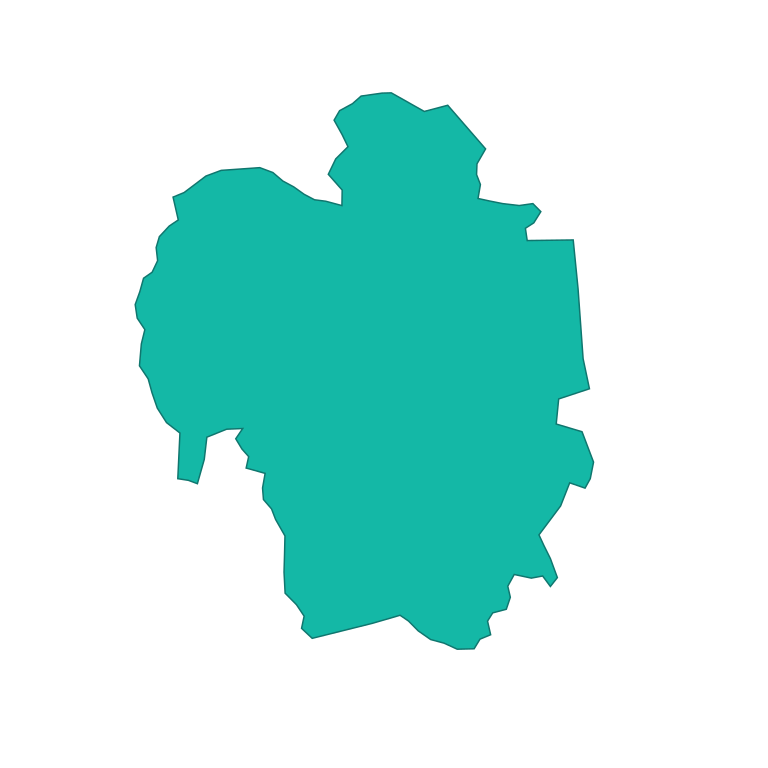 the district of São João do Oeste, Santa Catarina, Brazil, rotated 161°
{"feature_id": "56859067B45941896173238", "entity_name": "São João do Oeste", "entity_type": "district", "adm_level": 2, "iso_a3": "BRA", "parent_name": "Brazil", "parent_adm1": "Santa Catarina", "projection": "orthographic", "projection_center": [-53.586, -27.087], "detail": "fine", "context": "isolated", "style": "filled", "palette": "teal", "viewbox_px": 768, "rotation_deg": 161, "n_neighbors": 0, "source": "geoboundaries", "source_scale": "gbopen_adm2", "svg_char_len": 1575}
<svg xmlns="http://www.w3.org/2000/svg" viewBox="0 0 768 768"><g transform="rotate(161 384 384)"><path d="M401.1,109.4L385.0,104.3L376.3,111.5L364.8,112.2L363.3,126.1L355.7,132.2L341.7,131.2L334.0,141.2L332.8,152.5L322.9,161.5L307.9,152.5L296.5,150.8L292.6,138.4L283.1,144.5L283.5,164.7L285.4,179.3L286.6,190.9L256.7,211.2L240.6,230.1L227.8,220.1L219.8,227.3L211.3,241.9L212.3,274.4L234.2,290.1L223.7,313.0L191.3,312.6L187.5,343.1L169.5,410.9L158.2,458.6L201.9,473.0L199.6,485.2L189.9,487.6L179.6,495.9L184.5,506.1L198.0,508.7L213.0,515.9L225.0,522.9L234.7,528.8L227.9,541.2L228.3,551.9L224.4,561.9L211.4,573.2L233.0,626.8L257.2,628.6L282.3,656.9L291.2,659.7L311.9,663.7L322.6,659.3L337.0,656.9L345.3,649.7L342.4,633.4L340.8,620.1L356.3,612.6L368.4,600.4L360.4,581.0L365.7,566.4L379.6,575.8L389.7,580.8L397.7,589.3L405.2,599.8L413.6,608.9L420.2,620.1L431.0,629.0L468.4,639.0L484.7,638.6L498.7,634.0L510.7,630.1L522.6,629.4L525.1,606.1L535.6,603.3L548.4,596.5L555.0,587.2L557.9,574.3L566.8,565.2L576.9,562.3L584.8,550.8L593.4,540.1L595.9,526.6L592.4,513.3L600.4,500.9L609.3,480.8L605.3,465.6L606.2,451.2L606.2,435.0L602.2,418.3L592.9,404.1L609.8,361.6L600.3,356.6L592.9,350.5L578.5,371.2L568.8,391.4L547.5,392.5L532.1,387.9L542.0,380.5L539.5,368.8L535.6,359.4L541.7,349.4L525.5,338.2L532.7,325.2L535.6,314.0L531.0,302.5L530.6,291.2L527.1,272.6L533.7,254.8L539.8,238.6L545.6,218.4L538.6,203.8L535.1,190.5L541.5,179.8L534.7,166.9L473.0,161.5L444.1,160.1L438.0,151.9L432.0,139.4L423.1,127.2L411.6,119.4L401.1,109.4Z" fill="#14b8a6" stroke="#0f766e" stroke-width="1.5"/></g></svg>